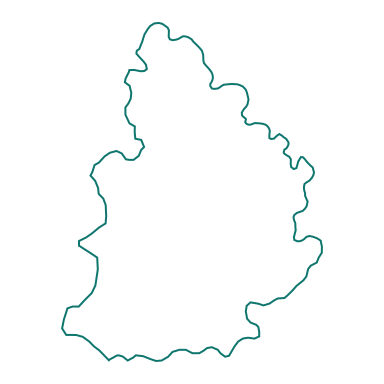 Hlusk, Mogilev, Belarus (orthographic projection)
{"feature_id": "67162791B26256964844328", "entity_name": "Hlusk", "entity_type": "district", "adm_level": 2, "iso_a3": "BLR", "parent_name": "Belarus", "parent_adm1": "Mogilev", "projection": "orthographic", "projection_center": [28.734, 52.926], "detail": "fine", "context": "isolated", "style": "outline", "palette": "teal", "viewbox_px": 384, "rotation_deg": 0, "n_neighbors": 0, "source": "geoboundaries", "source_scale": "gbopen_adm2", "svg_char_len": 3325}
<svg xmlns="http://www.w3.org/2000/svg" viewBox="0 0 384 384"><path d="M320.8,240.8L319.2,239.6L316.6,238.1L312.8,236.7L309.4,236.0L306.4,236.9L304.6,238.7L302.7,240.1L300.4,241.1L297.6,241.3L294.4,240.0L293.9,237.3L294.8,233.6L295.7,230.2L295.4,227.2L295.3,223.2L294.0,219.9L293.5,217.2L294.3,215.0L296.8,213.0L298.6,212.3L302.7,210.9L304.9,208.8L306.6,206.3L307.6,201.6L306.2,198.4L305.1,195.8L305.1,193.2L304.2,190.3L303.9,187.4L304.5,184.0L306.6,182.3L309.5,180.6L311.9,177.8L313.4,175.1L314.0,172.3L312.7,167.5L309.9,165.0L306.9,161.9L304.8,159.1L302.9,157.2L300.9,157.1L298.3,161.4L297.4,164.6L296.4,168.1L293.8,169.1L291.2,167.0L290.7,164.1L290.8,161.5L290.8,159.1L289.2,156.7L286.8,155.4L284.1,153.5L283.7,152.2L284.4,149.6L286.5,148.3L288.0,145.7L288.5,144.2L288.5,142.4L286.3,139.0L283.7,137.2L281.6,135.4L279.3,134.1L277.5,135.3L275.8,136.8L274.0,138.6L271.0,139.0L269.3,137.9L269.4,134.8L269.8,130.8L269.0,128.3L267.3,126.0L265.6,124.7L262.8,123.8L259.0,123.3L254.7,123.1L250.7,124.6L248.9,124.7L247.3,124.3L246.1,123.4L245.2,122.2L245.9,119.5L245.7,118.6L243.3,116.8L242.0,115.4L241.8,112.6L243.4,109.9L244.7,108.2L246.1,106.8L247.5,104.3L248.5,99.6L247.9,96.7L246.9,92.6L245.9,89.9L244.4,88.1L242.8,86.5L240.0,85.2L237.4,84.3L231.8,84.0L226.6,84.4L223.5,84.8L221.5,86.1L218.1,88.4L214.4,88.9L211.9,88.5L210.4,86.3L210.2,84.1L211.4,82.3L212.5,79.9L212.9,77.5L212.4,74.2L211.1,71.6L208.7,68.5L205.8,65.3L204.0,63.1L203.4,60.7L203.2,54.9L202.5,52.6L201.9,50.7L199.6,47.9L196.3,44.5L193.6,42.0L191.5,39.2L188.1,37.2L185.4,36.4L182.8,36.3L180.9,37.5L178.6,38.8L176.3,39.6L172.7,40.2L169.8,39.3L168.7,36.6L168.8,33.7L168.9,30.3L167.6,27.6L164.7,25.5L162.4,23.9L159.1,23.0L154.3,23.4L150.2,26.0L147.6,29.3L144.5,34.4L143.2,38.4L142.2,41.8L140.7,45.3L139.4,48.9L136.8,50.7L136.4,53.6L138.9,56.5L143.7,61.7L146.0,64.8L146.8,69.2L144.1,71.1L140.4,71.2L134.0,69.9L129.3,70.1L129.0,71.7L125.5,78.8L124.9,82.3L129.6,85.8L131.3,92.9L130.7,98.7L128.4,103.4L125.4,107.5L125.4,114.6L129.5,123.4L134.8,126.4L134.7,132.2L135.3,138.7L141.2,139.9L144.1,147.0L141.2,149.9L138.8,155.8L133.5,159.9L129.4,159.9L125.9,159.3L121.7,153.4L116.5,151.0L110.0,152.7L104.7,156.3L98.8,162.7L94.6,165.0L92.3,172.1L90.5,175.6L95.2,180.9L98.1,188.0L98.7,193.9L103.3,198.6L105.7,205.1L106.2,216.3L105.6,223.4L99.1,227.5L92.0,233.4L86.1,237.5L79.0,241.0L79.0,245.7L90.2,252.9L97.2,257.6L97.8,269.4L95.4,285.4L94.8,286.7L91.8,293.0L84.7,300.1L78.7,306.6L72.8,306.5L67.5,308.3L63.9,319.5L62.1,328.4L66.2,334.9L76.2,335.0L82.7,336.8L89.2,341.5L93.9,346.3L99.3,350.4L103.4,354.6L108.9,360.3L109.6,359.5L114.3,357.0L116.5,355.7L118.6,355.3L122.9,356.6L127.7,360.5L133.3,357.5L135.9,355.3L143.2,356.2L149.7,358.8L156.1,361.0L161.7,360.5L168.2,356.7L172.5,351.9L179.4,349.8L185.9,349.8L192.4,353.2L199.3,353.2L203.6,350.7L207.0,348.1L211.8,347.2L217.8,349.8L220.4,353.2L225.1,356.7L229.0,355.8L232.0,350.7L234.6,346.3L238.1,341.6L242.8,338.6L248.0,337.7L254.5,338.6L259.2,336.4L259.2,331.7L258.3,326.9L256.2,324.8L250.6,322.6L247.1,318.7L245.8,311.4L246.7,305.8L250.5,302.4L258.3,303.7L263.4,305.4L269.5,303.6L273.8,300.6L277.6,298.5L284.5,298.0L287.5,295.4L292.3,290.7L296.5,285.9L303.4,280.3L306.4,276.4L308.1,269.1L310.7,265.7L316.7,262.6L318.8,257.5L321.8,252.7L321.9,246.4L320.8,241.7L320.8,240.8Z" fill="none" stroke="#0f766e" stroke-width="2"/></svg>